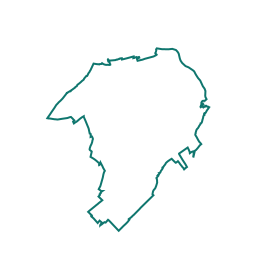 the district of Breasta, Dolj, Romania, rotated 314°
{"feature_id": "2599482B32619103833819", "entity_name": "Breasta", "entity_type": "district", "adm_level": 2, "iso_a3": "ROU", "parent_name": "Romania", "parent_adm1": "Dolj", "projection": "robinson", "projection_center": [23.666, 44.346], "detail": "fine", "context": "isolated", "style": "outline", "palette": "teal", "viewbox_px": 256, "rotation_deg": 314, "n_neighbors": 0, "source": "geoboundaries", "source_scale": "gbopen_adm2", "svg_char_len": 5610}
<svg xmlns="http://www.w3.org/2000/svg" viewBox="0 0 256 256"><g transform="rotate(314 128 128)"><path d="M208.3,97.7L205.3,93.4L204.1,93.6L204.0,93.9L203.5,94.4L201.9,95.3L201.2,95.5L200.8,95.6L200.6,96.0L200.7,97.2L200.6,97.7L199.8,97.6L197.2,96.7L189.4,92.0L187.3,91.0L183.0,88.2L183.7,86.8L184.1,86.3L186.4,87.3L186.7,86.6L184.8,85.3L184.8,84.7L184.2,84.4L182.8,83.9L182.1,83.4L182.3,83.3L182.6,83.0L183.1,82.8L183.3,82.7L183.5,82.4L177.1,78.6L173.1,76.1L173.9,75.1L172.8,74.2L172.6,74.1L172.2,74.1L171.7,73.8L171.7,73.6L171.2,73.5L170.8,73.3L170.7,73.2L169.7,72.7L169.4,72.6L169.2,72.2L168.9,72.1L168.0,71.7L164.0,68.2L163.8,67.9L163.5,67.9L163.4,67.8L163.4,66.9L163.5,65.9L163.4,65.9L163.2,66.0L162.2,67.5L162.1,67.9L162.7,68.6L162.1,69.7L161.4,70.7L161.5,71.0L161.2,71.3L160.9,71.2L160.5,70.9L159.3,69.4L158.2,68.4L157.6,67.5L157.3,66.9L156.9,66.0L156.6,64.3L156.4,64.3L156.1,64.6L155.9,64.6L155.6,64.4L154.0,63.0L153.8,63.1L152.2,61.1L150.4,58.5L143.4,60.9L142.5,61.0L141.9,61.3L139.5,61.6L139.2,61.8L137.3,62.4L137.2,62.3L136.8,62.3L136.7,62.2L136.5,61.9L133.3,62.1L132.8,62.2L132.2,62.5L131.7,62.5L129.6,62.2L128.4,62.2L127.5,62.1L126.2,62.0L125.9,61.9L124.8,61.8L124.2,61.6L123.9,61.6L122.6,62.1L122.3,62.1L121.5,61.8L121.1,61.7L119.5,61.8L119.1,61.6L117.1,61.3L116.5,61.2L116.1,61.0L115.1,61.1L114.6,61.2L114.4,61.1L114.4,60.7L113.1,60.4L112.6,60.1L111.0,60.0L110.7,59.6L109.5,59.9L103.8,60.5L100.8,60.5L98.2,60.3L97.2,60.4L94.7,60.4L91.4,61.1L86.5,61.9L83.2,62.5L82.0,62.7L79.8,63.0L79.0,63.2L79.8,64.4L80.5,65.1L83.2,69.0L83.8,69.7L85.2,71.5L88.7,74.1L93.1,77.5L95.3,78.6L96.3,79.3L96.3,81.6L96.2,82.8L96.2,84.1L94.4,84.1L93.7,85.9L95.0,86.1L97.3,86.7L98.5,86.8L101.0,87.0L103.6,87.4L105.0,87.8L105.7,88.0L105.3,88.4L104.7,89.8L103.7,92.3L100.3,100.0L97.4,104.3L97.8,104.9L97.7,105.5L95.6,107.3L96.8,107.8L96.6,108.7L96.3,109.4L95.8,110.3L95.4,110.6L94.7,110.9L94.1,111.2L93.6,111.6L92.8,112.1L91.0,112.9L89.1,113.5L87.4,114.3L86.2,115.0L85.8,115.4L85.7,116.0L85.9,118.2L85.7,118.4L81.2,121.1L81.9,124.0L82.3,126.4L82.5,128.7L82.5,129.8L82.6,131.2L82.6,131.8L82.4,132.1L82.4,132.5L81.5,132.7L81.3,132.8L81.2,133.0L81.6,133.1L82.1,133.1L82.5,132.9L84.1,132.1L83.7,133.3L82.7,136.3L82.1,137.7L81.1,141.1L79.5,141.5L77.6,142.5L74.8,144.3L67.9,148.0L66.9,148.5L64.4,149.2L64.0,149.3L63.6,149.5L63.8,150.1L64.0,152.3L64.1,152.6L64.9,153.4L63.7,153.2L62.5,153.2L62.1,153.3L62.0,153.7L60.6,153.6L60.3,154.3L58.2,154.4L58.2,159.7L56.3,159.5L53.5,159.1L51.7,159.0L51.0,158.8L49.7,158.7L41.5,157.7L40.0,157.6L40.0,162.1L39.7,162.0L39.6,163.2L38.9,163.2L39.1,165.9L38.6,172.2L41.6,171.9L41.8,174.9L39.2,175.4L38.8,175.5L38.7,175.6L39.0,175.6L40.0,176.0L43.6,176.4L43.9,176.5L44.1,177.2L44.4,177.6L48.1,177.4L48.2,178.3L48.2,179.9L47.6,192.7L54.5,192.8L56.0,192.9L57.6,193.0L60.1,193.0L63.0,192.7L63.0,191.8L63.4,191.8L63.6,191.9L63.8,192.1L64.5,192.1L66.0,192.3L67.1,192.4L68.2,192.3L69.0,192.5L69.6,192.5L70.2,192.5L77.9,192.6L79.2,192.5L97.3,193.0L97.3,191.7L98.4,190.9L98.7,190.8L99.2,190.4L99.5,190.2L100.2,189.9L101.2,189.6L103.1,189.5L103.7,189.4L105.9,188.5L109.0,186.9L109.7,186.1L110.8,185.0L111.1,184.4L111.7,183.8L111.8,183.5L111.8,183.2L112.9,183.1L114.5,183.0L114.4,182.3L114.5,182.3L115.1,182.2L115.4,182.2L115.7,182.4L116.3,182.4L117.1,182.2L117.3,182.0L117.4,181.8L117.4,181.7L117.6,181.8L117.8,182.1L118.6,182.1L119.0,181.9L119.3,181.7L120.5,181.4L121.9,181.3L123.1,180.7L123.2,180.4L123.3,180.3L123.7,180.2L123.8,180.3L123.8,180.7L124.3,180.5L125.0,180.4L125.7,180.2L127.3,180.1L127.9,180.0L128.7,179.7L129.4,179.6L131.0,179.7L131.9,179.8L134.3,180.3L135.5,180.6L136.2,180.8L136.1,183.3L136.1,186.4L136.4,186.6L138.6,187.0L138.8,187.0L138.6,188.9L138.2,190.7L137.9,193.2L137.7,194.2L137.7,195.8L137.3,196.6L137.2,197.1L139.0,197.2L140.9,197.5L141.8,194.5L143.0,189.3L144.7,183.0L145.1,182.5L155.4,184.5L154.5,187.0L154.0,188.1L153.8,188.7L153.4,189.4L152.9,189.8L152.8,190.0L154.5,190.2L156.3,191.0L156.9,191.4L156.0,192.3L154.1,193.9L153.1,194.5L152.8,194.8L152.9,195.0L157.9,192.0L158.2,191.9L159.4,192.2L161.8,192.1L165.4,191.7L167.3,191.9L167.5,190.6L167.6,188.7L168.2,186.5L169.1,183.8L169.7,181.4L169.9,181.1L170.1,180.9L170.5,180.6L171.2,180.4L171.5,180.0L173.9,178.7L175.0,178.4L176.5,178.4L177.5,178.2L179.2,177.7L180.7,177.5L181.1,177.4L181.7,177.0L181.9,177.2L182.1,177.3L182.8,177.3L183.5,177.1L184.6,176.5L185.0,176.3L185.3,176.0L186.2,175.6L187.7,174.8L188.5,174.2L189.0,174.0L189.8,173.7L190.4,174.0L190.6,174.0L190.7,173.9L190.8,173.7L190.7,173.3L190.8,173.1L191.0,172.9L191.6,172.7L191.9,172.7L192.1,172.9L192.3,173.2L192.5,173.3L193.9,173.0L195.2,172.6L195.8,172.5L196.5,172.4L198.2,172.2L198.6,172.1L199.1,171.9L199.3,171.9L199.0,170.8L198.6,170.5L198.4,169.7L198.3,168.8L198.1,168.7L197.9,168.4L197.3,168.1L197.1,168.1L197.1,168.7L196.5,168.3L196.0,168.1L195.1,167.9L195.1,167.7L195.8,167.5L195.9,167.4L195.9,167.2L195.6,166.6L195.4,166.4L195.0,166.2L193.5,165.9L193.6,165.5L193.8,165.4L194.0,165.3L194.8,165.6L195.6,165.7L194.4,165.3L194.3,165.2L194.6,165.1L194.8,164.9L195.1,164.8L195.5,164.9L196.3,165.3L196.7,165.4L196.6,165.2L195.7,164.8L195.6,164.7L195.8,164.5L196.4,164.8L197.3,164.7L197.1,164.5L196.7,164.3L196.9,163.4L197.2,163.2L198.4,162.8L199.3,162.9L199.7,163.1L200.0,163.4L200.5,164.1L200.8,164.3L203.2,164.5L203.3,164.5L204.0,162.3L204.8,161.2L208.4,158.0L209.5,155.7L210.0,152.9L212.3,147.0L212.6,143.7L213.3,140.7L213.8,138.9L214.7,136.3L214.6,134.5L213.7,129.4L212.5,126.4L212.4,121.8L213.0,119.0L214.0,117.0L216.6,113.0L217.1,111.6L217.3,110.2L217.4,108.3L215.7,104.9L212.8,102.5L208.3,97.7Z" fill="none" stroke="#0f766e" stroke-width="2"/></g></svg>